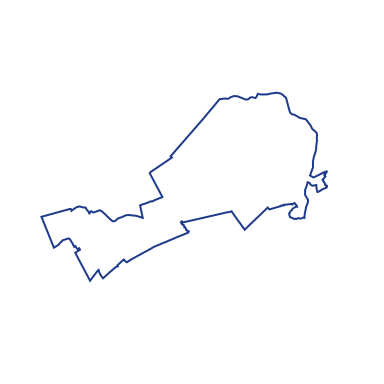 outline of Ramnicu Sarat, Buzau, Romania, rotated 217°
{"feature_id": "2599482B97788702400166", "entity_name": "Ramnicu Sarat", "entity_type": "district", "adm_level": 2, "iso_a3": "ROU", "parent_name": "Romania", "parent_adm1": "Buzau", "projection": "orthographic", "projection_center": [27.083, 45.416], "detail": "fine", "context": "isolated", "style": "outline", "palette": "blue", "viewbox_px": 384, "rotation_deg": 217, "n_neighbors": 0, "source": "geoboundaries", "source_scale": "gbopen_adm2", "svg_char_len": 5699}
<svg xmlns="http://www.w3.org/2000/svg" viewBox="0 0 384 384"><g transform="rotate(217 192 192)"><path d="M198.4,310.1L198.3,309.1L197.7,306.4L197.9,305.2L201.0,303.9L202.3,302.6L202.9,299.9L204.7,298.1L209.3,297.0L211.3,296.3L213.2,295.9L216.4,293.7L218.4,290.6L218.9,288.8L220.0,287.6L221.7,286.7L225.8,282.8L227.2,255.5L230.6,207.6L228.8,207.4L229.6,205.0L233.2,194.4L235.6,187.2L236.8,183.9L237.0,183.2L237.1,182.9L237.1,182.0L237.0,181.5L236.9,181.5L211.8,169.8L212.5,169.9L212.9,169.6L215.3,165.7L215.4,165.3L215.9,164.8L217.1,162.7L217.3,161.9L217.6,161.4L217.7,161.2L217.8,161.1L217.8,160.9L218.3,160.6L218.8,160.2L219.0,159.9L219.4,159.5L219.8,159.0L219.9,158.8L219.9,158.6L220.0,158.4L220.3,157.9L221.7,155.7L222.8,154.0L223.5,153.0L223.8,152.7L224.1,152.3L225.4,150.1L221.1,146.3L215.8,141.7L216.4,141.5L221.1,139.8L222.1,139.4L225.3,137.6L228.9,135.4L230.6,133.8L230.8,133.6L231.5,132.4L232.4,130.5L233.9,128.3L235.0,126.7L235.1,126.3L235.3,125.8L235.4,125.2L235.8,123.2L235.9,122.9L236.1,122.5L236.4,122.1L236.6,121.8L236.9,121.5L237.2,121.2L237.6,121.0L237.8,121.0L238.8,120.9L242.7,121.2L245.7,121.6L248.2,122.0L248.6,122.0L252.1,122.3L252.5,122.3L253.1,122.2L254.0,122.0L254.2,121.9L254.7,121.9L254.9,121.5L256.9,118.6L256.9,118.4L257.7,117.3L258.2,116.5L258.5,116.3L258.8,116.2L259.0,116.1L259.6,116.0L259.9,116.1L260.2,116.1L260.5,116.1L260.8,115.9L261.1,115.7L261.3,115.4L261.3,114.8L261.2,114.5L261.0,113.8L260.9,113.3L260.9,113.1L261.0,113.0L261.3,113.0L261.6,113.3L262.0,113.6L262.5,113.9L262.9,113.9L264.8,114.4L266.4,114.9L267.2,115.2L267.6,115.5L267.8,115.4L268.5,115.1L269.5,114.3L270.0,113.9L272.7,113.0L273.1,112.8L274.9,110.6L275.1,110.2L275.4,109.4L276.7,105.5L276.9,104.8L277.0,104.4L278.2,105.3L278.5,105.5L278.9,105.4L279.2,105.2L280.6,103.3L281.5,102.1L282.2,101.2L297.3,81.6L268.8,64.4L267.9,66.6L266.9,69.2L266.9,69.8L266.7,70.7L266.7,71.2L266.8,72.2L266.7,72.7L266.4,73.3L266.3,73.7L266.4,75.1L266.2,75.6L263.0,80.2L262.5,80.7L262.4,80.8L261.1,80.8L256.9,79.2L254.4,77.9L253.1,77.3L252.6,78.6L251.5,78.2L251.1,78.0L250.7,77.8L250.0,77.7L248.9,77.6L248.3,79.2L247.6,79.0L247.0,78.6L246.7,78.4L247.2,77.2L247.5,76.4L247.7,76.0L248.1,74.9L248.7,73.2L220.0,59.8L220.0,61.5L220.0,66.4L220.0,67.6L220.0,69.3L220.0,71.6L219.7,73.5L217.6,72.0L214.9,70.6L211.1,69.5L209.4,78.6L208.3,83.5L207.7,86.1L207.6,86.3L207.4,86.9L207.2,87.2L206.9,87.5L206.6,87.6L206.5,87.8L206.5,88.0L206.9,88.1L207.0,88.2L207.2,88.3L207.3,88.5L207.4,88.9L206.0,96.3L205.8,97.1L205.6,97.1L205.1,96.9L204.8,96.7L203.8,96.6L203.1,96.6L201.7,96.7L200.3,100.8L196.0,110.4L190.5,122.5L189.5,125.1L189.4,125.2L183.4,135.6L183.0,136.0L180.5,140.5L179.8,141.6L176.5,147.5L175.3,149.3L174.3,151.1L171.8,155.2L170.7,157.2L170.5,157.4L170.6,157.6L171.0,158.4L171.0,158.5L171.2,158.4L171.5,158.1L171.7,157.9L172.0,157.9L172.3,158.1L172.5,158.2L172.5,158.4L172.7,158.5L172.9,158.4L173.2,158.3L173.7,158.2L173.9,158.2L174.2,158.5L174.5,158.8L174.8,159.0L175.0,159.2L175.2,159.3L175.6,159.3L176.2,159.6L176.5,159.7L176.7,159.3L176.8,159.2L176.9,159.3L177.3,159.6L177.8,160.0L178.4,160.4L178.6,160.6L179.0,160.5L179.2,160.3L179.4,160.3L179.8,160.3L180.1,160.3L180.4,160.3L180.5,160.3L180.8,160.5L180.8,160.8L181.1,161.0L181.2,160.9L181.5,160.6L181.8,160.7L182.0,160.9L182.7,161.3L182.7,161.6L182.5,162.2L182.5,162.4L182.5,162.5L182.4,162.6L182.0,162.5L181.3,161.7L181.3,161.8L173.6,170.9L167.4,178.3L155.0,193.0L152.2,196.4L150.1,198.6L148.8,200.4L148.7,200.4L148.3,200.2L148.1,200.1L142.8,198.4L141.4,198.0L139.9,197.5L139.2,197.2L137.5,196.7L135.5,196.2L130.9,194.7L128.2,193.9L127.6,193.8L127.2,193.6L126.0,201.6L125.3,206.0L125.0,207.3L124.9,208.4L123.7,215.5L122.4,223.6L122.2,225.1L121.1,224.9L119.7,224.7L117.9,227.0L117.3,227.9L116.1,229.5L114.8,231.3L112.6,234.0L112.9,234.3L111.4,236.3L111.1,236.1L110.4,236.8L110.7,237.2L105.0,242.6L104.6,242.3L104.4,242.3L104.4,242.7L104.5,243.2L104.3,243.4L103.5,244.3L103.4,244.9L103.0,244.8L101.6,244.4L100.6,244.3L99.8,243.9L99.2,243.5L100.3,242.5L101.0,240.9L101.6,239.0L101.4,237.6L101.8,236.0L101.6,235.5L101.3,233.7L101.5,233.4L101.5,233.2L100.2,232.1L99.8,231.8L98.7,231.0L97.1,231.4L96.4,231.6L96.0,231.6L94.8,231.9L94.3,232.0L94.0,232.1L93.9,232.2L93.6,232.5L93.0,233.0L92.6,233.2L92.3,233.4L92.1,233.6L92.1,233.9L91.9,234.3L91.6,234.8L91.4,235.1L90.9,235.3L89.9,235.7L89.7,235.9L89.1,236.4L88.8,236.7L88.1,237.6L88.0,237.8L87.9,238.1L87.7,238.6L87.4,238.8L86.7,239.0L89.1,242.9L90.4,245.9L91.8,248.6L93.1,253.2L94.7,255.6L99.9,257.7L102.8,261.5L104.2,266.2L105.5,269.4L103.4,270.0L102.2,269.4L101.5,269.2L100.3,269.4L99.7,269.5L99.2,269.8L96.9,272.4L96.7,272.2L95.8,271.1L95.4,270.6L94.1,269.3L93.8,269.0L91.8,267.5L91.7,267.6L91.1,268.5L91.0,268.8L90.6,269.6L89.7,271.9L89.1,273.3L88.2,274.9L87.7,275.9L87.3,276.4L87.5,276.6L87.2,276.8L87.2,277.0L87.4,277.5L87.9,278.1L88.0,278.2L88.9,278.0L90.2,277.9L90.7,278.6L91.9,279.1L92.8,279.5L93.4,279.8L93.5,279.6L95.1,280.4L95.0,281.2L94.9,281.2L94.8,284.6L95.9,284.7L95.9,285.3L96.4,285.4L96.3,286.3L96.9,286.3L96.6,287.2L96.5,287.7L97.4,287.8L96.7,288.8L96.5,289.3L96.9,289.5L98.0,287.8L98.3,287.5L98.4,287.3L99.0,286.2L101.0,281.9L102.6,278.9L103.0,277.9L103.4,277.2L103.6,276.9L103.9,276.8L104.4,276.6L105.1,276.5L105.4,276.5L107.1,276.3L107.7,276.2L110.2,284.5L113.6,288.9L115.8,293.3L117.3,297.8L118.4,300.4L121.5,305.3L123.3,308.6L124.6,309.9L126.7,313.1L128.1,314.2L131.2,314.6L133.5,314.7L134.4,315.0L137.5,316.6L141.8,317.8L145.0,318.6L150.3,316.1L156.8,315.3L158.8,314.3L159.8,314.3L161.1,314.4L161.7,314.7L163.9,316.2L167.2,318.8L170.2,321.2L173.7,323.9L179.9,324.2L184.0,322.4L188.0,318.4L190.4,315.5L193.2,313.2L196.4,310.9L198.4,310.1Z" fill="none" stroke="#1e3a8a" stroke-width="2"/></g></svg>